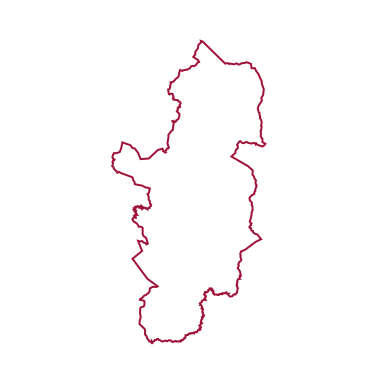 outline of Sefwi-wiawso, Western, Ghana, rotated 52°
{"feature_id": "2480657B7942392054994", "entity_name": "Sefwi-wiawso", "entity_type": "district", "adm_level": 2, "iso_a3": "GHA", "parent_name": "Ghana", "parent_adm1": "Western", "projection": "orthographic", "projection_center": [-2.458, 6.306], "detail": "fine", "context": "isolated", "style": "outline", "palette": "rose", "viewbox_px": 384, "rotation_deg": 52, "n_neighbors": 0, "source": "geoboundaries", "source_scale": "gbopen_adm2", "svg_char_len": 6093}
<svg xmlns="http://www.w3.org/2000/svg" viewBox="0 0 384 384"><g transform="rotate(52 192 192)"><path d="M92.4,141.3L93.3,141.4L94.8,143.9L95.7,144.3L97.1,146.4L96.6,147.8L100.5,149.9L101.3,149.7L101.3,148.5L102.6,146.9L106.4,148.4L106.4,149.4L107.2,149.7L108.6,149.3L109.2,148.1L111.3,146.5L112.2,146.9L113.3,146.2L114.8,146.1L115.3,146.6L115.7,148.2L117.6,148.9L117.7,149.8L116.6,150.5L117.7,152.4L118.7,152.6L119.1,154.3L122.8,153.8L124.9,155.8L126.2,158.2L125.8,160.2L126.6,161.4L126.4,162.2L124.9,163.1L124.6,162.9L124.2,163.9L126.1,163.7L131.3,169.0L131.1,170.1L132.4,175.4L134.1,176.6L138.9,181.7L142.7,182.8L143.1,183.9L142.4,184.9L143.3,186.9L143.1,187.4L143.6,188.3L144.5,188.2L144.4,188.5L145.2,188.7L141.6,189.6L140.7,188.8L139.8,188.5L139.6,188.9L137.9,192.9L139.0,205.5L134.4,212.3L128.1,210.4L122.6,210.3L120.4,211.9L117.2,211.7L110.1,216.3L114.1,221.1L116.0,224.4L114.5,228.4L113.3,229.4L114.2,231.6L115.9,233.5L116.7,233.7L118.8,233.1L119.1,233.8L118.5,234.4L119.5,236.3L120.8,236.5L122.4,238.9L124.1,238.5L125.3,239.2L128.4,239.0L129.4,238.5L130.8,239.0L131.4,237.0L133.0,236.5L143.7,229.9L146.7,231.1L148.7,231.1L150.4,232.2L151.0,232.0L156.4,227.3L160.4,225.4L161.6,223.9L163.4,223.1L164.3,224.6L165.4,225.3L166.4,227.5L166.2,228.3L168.7,228.8L171.4,230.9L172.9,230.8L175.6,232.3L176.8,232.0L177.1,232.7L177.7,232.9L177.9,235.3L178.3,235.4L177.7,236.4L178.3,237.4L177.8,237.3L177.0,238.4L176.6,238.0L175.2,238.9L174.6,241.5L173.5,240.0L172.9,240.0L172.3,240.7L171.3,240.6L171.4,241.4L173.2,242.3L172.3,242.5L171.9,243.2L171.1,242.5L170.4,243.5L171.0,244.3L170.1,243.4L169.6,243.5L169.4,244.0L169.7,244.7L168.7,245.9L169.7,246.1L169.4,246.8L169.8,247.1L169.1,247.9L170.0,248.2L170.0,248.8L170.9,248.5L170.8,247.4L171.5,248.2L171.3,249.1L171.7,249.3L172.5,249.2L172.8,248.0L173.7,249.1L175.1,249.1L175.0,250.5L176.1,249.9L175.6,251.0L176.5,251.5L175.6,251.6L175.3,252.5L177.1,252.7L176.4,253.3L176.3,254.5L177.0,255.9L180.0,256.1L181.2,255.3L183.4,254.8L186.7,255.3L187.7,253.7L189.8,252.9L194.6,256.7L196.9,257.3L200.0,256.4L205.5,258.6L205.3,260.1L203.9,260.0L201.7,261.4L200.1,261.4L198.7,263.6L197.3,264.6L207.7,267.6L208.0,280.0L233.0,280.6L245.2,277.1L245.2,278.0L242.6,281.3L242.0,284.5L244.2,286.7L244.8,288.4L244.8,291.5L244.2,293.4L244.7,295.9L244.4,298.6L244.9,299.4L247.5,297.2L248.8,296.7L251.7,299.0L252.5,300.7L251.8,301.8L251.5,304.0L255.1,307.3L259.2,309.6L261.2,312.4L263.7,314.7L270.8,313.6L272.5,314.4L275.2,316.7L278.1,316.6L280.1,317.6L282.2,317.3L283.3,317.7L284.1,316.9L286.6,316.6L286.7,316.3L285.3,315.5L286.0,315.5L286.3,313.5L285.7,312.3L286.4,311.6L286.3,310.2L286.8,309.3L287.8,309.5L288.3,308.8L291.7,307.4L292.8,304.3L294.3,303.6L294.6,301.4L296.3,299.9L296.7,300.2L298.3,299.6L299.1,296.9L300.1,296.6L300.2,295.8L301.6,294.8L301.8,293.5L302.9,293.0L302.9,292.2L302.3,292.1L302.0,291.3L303.0,290.2L302.9,289.0L302.3,288.4L302.3,287.5L302.8,287.0L300.9,285.3L302.2,283.1L301.7,282.2L302.0,280.8L302.7,280.7L302.9,279.1L303.7,278.5L303.8,277.3L304.7,277.2L304.3,276.2L304.5,275.4L305.5,274.4L304.5,272.3L305.5,270.9L305.6,270.2L305.0,269.5L304.0,269.8L303.9,268.1L301.8,268.4L301.6,265.8L300.7,265.6L301.1,264.9L299.7,264.9L298.5,263.3L298.4,262.1L296.8,261.4L297.5,260.2L297.1,259.4L297.0,259.8L296.2,259.6L296.0,258.7L293.6,258.1L293.5,257.5L292.6,257.5L291.2,255.5L290.7,255.5L290.5,256.0L289.7,255.4L289.4,255.7L289.1,254.8L286.6,254.5L286.1,255.1L285.7,254.4L284.5,254.3L284.7,252.0L283.8,251.0L284.6,249.1L284.5,248.5L285.3,247.8L283.9,247.6L284.3,246.7L283.7,247.3L283.4,246.0L283.1,245.6L282.7,245.8L282.1,245.0L280.2,245.6L279.6,244.6L279.7,243.7L278.9,243.3L279.0,242.7L280.2,242.0L280.3,240.8L279.9,239.8L279.2,239.5L279.5,238.2L278.8,237.6L279.9,236.0L280.8,236.0L281.1,236.7L281.5,236.1L282.2,236.8L283.0,236.1L283.6,236.3L283.5,236.8L284.1,236.6L285.0,237.2L284.9,237.6L286.8,237.5L287.1,236.6L288.5,235.2L288.9,235.3L289.5,234.3L289.8,233.2L289.4,233.0L290.6,231.6L290.4,230.8L291.1,230.7L290.7,230.0L291.7,229.1L292.2,226.8L293.1,227.3L293.3,226.7L294.4,226.6L294.7,226.1L294.8,226.7L295.9,226.8L298.0,226.3L299.0,224.1L298.4,222.6L299.5,220.7L298.9,220.2L299.2,219.3L298.8,218.2L296.4,215.9L296.1,215.0L293.6,214.6L293.3,213.9L292.6,213.9L291.9,212.7L291.3,212.6L290.7,211.3L289.7,210.9L289.1,209.2L289.8,208.0L289.2,208.1L288.7,206.8L287.6,206.1L288.1,205.0L286.6,204.6L286.0,203.9L283.6,203.0L280.3,202.9L278.7,200.3L277.7,200.2L277.0,199.4L276.2,197.5L276.4,196.4L275.6,194.7L273.0,193.9L272.1,192.8L270.5,192.2L269.7,190.7L269.0,190.2L270.2,185.6L270.5,172.4L271.7,166.6L265.6,166.7L263.7,168.1L261.5,168.7L260.1,167.9L258.9,168.9L256.6,167.8L255.9,168.5L255.0,168.4L254.4,167.2L254.6,166.1L254.2,165.6L253.3,165.2L253.3,164.5L250.9,164.7L247.3,159.8L244.5,157.3L243.8,155.6L240.7,153.3L238.6,152.8L238.4,152.1L237.2,151.4L234.1,151.6L232.1,150.3L231.3,147.2L231.9,144.1L230.5,143.1L230.4,141.7L229.1,140.8L227.4,137.9L226.5,137.5L226.3,136.9L224.8,136.8L223.4,136.0L222.4,134.5L220.3,134.5L217.6,133.6L215.6,133.7L212.4,130.8L206.0,132.0L188.3,139.1L187.9,133.9L186.3,132.1L185.7,130.7L185.9,129.5L185.0,128.3L183.7,127.5L182.6,127.5L181.5,124.3L181.6,122.7L183.8,122.4L185.3,121.3L186.0,118.3L188.1,117.4L190.5,115.2L191.4,113.1L192.4,112.2L193.6,112.5L193.4,111.5L195.2,111.3L199.5,108.5L199.7,106.3L199.2,104.5L196.1,105.8L193.3,103.7L192.9,103.9L190.3,103.5L188.2,101.4L186.4,100.7L186.3,100.0L184.1,97.6L183.0,96.8L182.7,97.0L179.8,94.0L177.0,93.0L175.7,93.1L174.6,91.8L172.9,91.4L171.5,90.2L170.4,90.4L166.9,88.9L165.1,86.5L163.0,80.6L160.6,79.5L159.3,76.2L155.3,72.2L149.4,70.2L147.8,69.0L139.1,66.9L137.3,67.1L133.1,66.3L131.1,68.8L127.2,66.7L123.3,69.1L122.7,71.3L121.4,73.0L120.4,76.8L118.1,77.7L117.3,80.2L113.9,83.3L114.1,83.8L112.8,84.3L111.7,85.5L111.3,86.8L79.9,91.0L78.4,92.0L79.7,92.5L79.9,96.2L82.6,99.2L83.3,102.4L83.8,103.3L85.7,104.9L86.4,107.8L92.0,106.0L93.9,106.4L93.4,107.8L94.3,110.4L94.1,113.0L93.1,113.6L92.4,115.2L93.1,117.1L92.7,120.2L90.8,123.8L90.6,125.1L88.5,126.3L90.2,128.8L91.5,129.8L93.0,132.3L92.8,134.8L93.6,138.5L92.4,141.3Z" fill="none" stroke="#9f1239" stroke-width="2"/></g></svg>